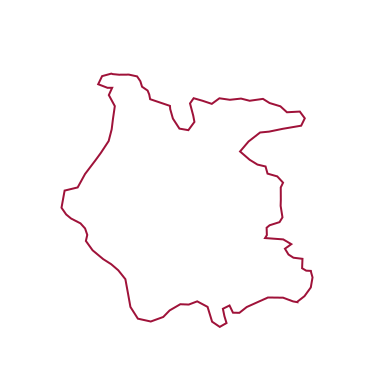 Trimithousa, Paphos, Cyprus, rotated 73°
{"feature_id": "46923920B86597490798508", "entity_name": "Trimithousa", "entity_type": "district", "adm_level": 2, "iso_a3": "CYP", "parent_name": "Cyprus", "parent_adm1": "Paphos", "projection": "mercator", "projection_center": [32.483, 34.974], "detail": "fine", "context": "isolated", "style": "outline", "palette": "rose", "viewbox_px": 384, "rotation_deg": 73, "n_neighbors": 0, "source": "geoboundaries", "source_scale": "gbopen_adm2", "svg_char_len": 1556}
<svg xmlns="http://www.w3.org/2000/svg" viewBox="0 0 384 384"><g transform="rotate(73 192 192)"><path d="M102.8,163.0L106.7,168.0L119.4,168.5L125.7,169.2L131.8,177.4L127.7,185.5L116.2,188.8L106.4,188.6L103.2,187.9L91.0,204.9L86.2,204.4L82.0,204.8L76.7,209.0L71.0,209.0L65.4,210.7L61.3,218.0L58.5,227.5L56.1,233.3L55.2,234.6L54.9,244.1L61.5,250.2L67.7,242.3L69.0,237.9L75.0,243.2L87.3,240.7L99.2,246.3L108.6,250.5L118.9,256.8L128.0,267.8L133.4,275.0L143.5,289.0L154.2,300.0L153.4,313.4L168.9,321.4L176.7,318.9L182.0,315.4L189.4,307.8L195.6,304.9L202.4,304.7L207.8,307.8L218.7,304.1L230.3,296.5L237.3,290.5L237.4,290.4L245.3,285.4L255.9,281.2L270.6,282.9L283.9,284.5L297.3,280.8L303.8,269.3L303.1,256.0L298.7,248.0L295.9,236.0L298.7,228.0L298.1,219.0L306.4,210.7L321.9,210.7L329.1,204.9L327.4,197.3L320.2,197.3L312.7,196.6L311.5,189.3L319.4,188.1L321.4,182.0L318.0,173.3L316.3,159.9L315.1,150.2L319.7,135.8L326.2,127.3L328.2,123.4L327.7,123.3L324.5,114.9L318.0,106.3L308.9,101.7L304.0,101.6L302.2,101.4L300.6,105.8L297.1,109.0L288.2,105.9L284.5,114.2L280.0,118.0L273.4,119.7L270.9,112.3L264.0,118.6L257.4,135.6L255.1,133.0L248.0,131.1L246.5,127.5L246.4,117.1L242.7,112.9L231.2,111.3L225.6,109.4L213.6,105.8L209.7,102.2L202.0,105.9L196.5,114.4L189.1,114.2L184.9,121.4L178.1,127.4L167.3,134.2L160.2,123.1L155.0,109.5L156.8,100.6L158.1,86.8L160.5,68.2L154.5,62.6L146.6,65.4L143.5,77.9L135.9,82.4L129.6,91.8L123.7,96.9L121.6,110.2L117.0,117.8L114.9,128.8L110.4,138.4L113.5,147.3L107.8,155.3L102.8,163.0Z" fill="none" stroke="#9f1239" stroke-width="2"/></g></svg>